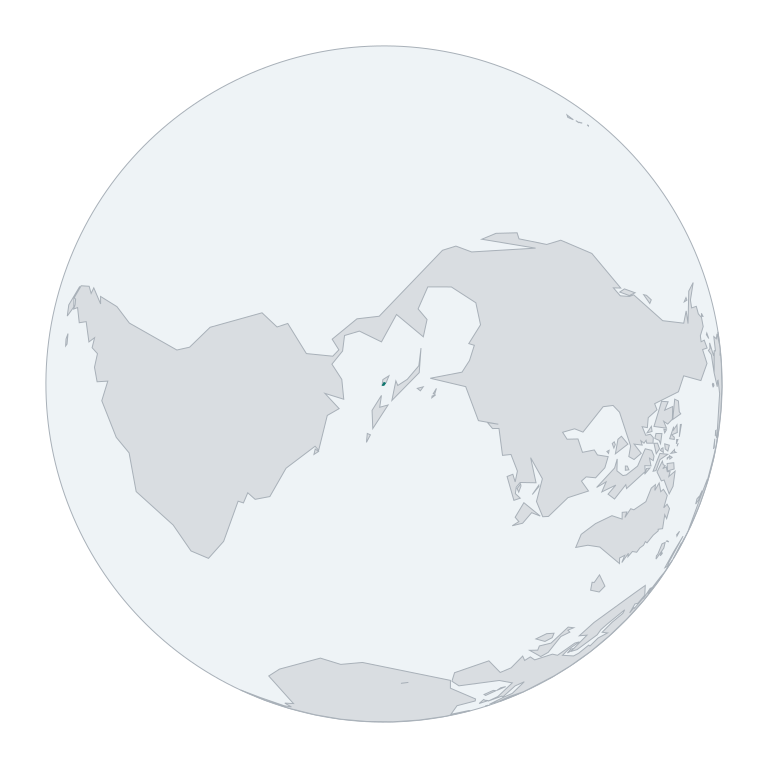 Portland on an orthographic globe, rotated 109°
{"feature_id": "JAM-1378", "entity_name": "Portland", "entity_type": "Parish", "adm_level": 1, "iso_a3": "JAM", "parent_name": "Jamaica", "parent_adm1": "", "projection": "orthographic", "projection_center": [-76.532, 18.127], "detail": "fine", "context": "on_globe", "style": "filled", "palette": "teal", "viewbox_px": 768, "rotation_deg": 109, "n_neighbors": 0, "source": "natural_earth", "source_scale": "10m", "svg_char_len": 9497}
<svg xmlns="http://www.w3.org/2000/svg" viewBox="0 0 768 768"><g transform="rotate(109 384 384)"><circle cx="384" cy="384" r="338" fill="#eef3f6" stroke="#a8b0b8"/><path d="M374.4,441.5L366.4,437.8L358.5,447.6L331.2,430.8L321.5,410.6L238.5,372.2L230.2,360.9L230.6,344.1L206.2,284.9L215.3,338.7L205.1,327.2L197.7,307.4L202.8,303.6L199.1,275.6L190.5,263.7L192.9,230.0L216.2,191.4L218.4,198.4L223.7,189.3L221.3,180.4L218.4,176.9L233.4,141.1L228.9,120.4L216.5,122.1L227.9,116.2L196.9,126.1L187.4,124.7L204.9,121.6L211.9,117.9L208.9,114.0L215.4,109.6L217.7,105.5L225.8,100.9L235.4,100.6L240.8,97.9L238.3,95.5L244.8,90.2L247.7,94.0L259.4,85.3L277.6,85.5L278.7,103.3L295.5,103.1L314.5,121.7L319.5,117.5L329.8,123.2L339.5,120.8L340.3,126.0L347.3,119.8L344.8,115.7L347.0,111.9L352.4,110.4L354.4,116.3L351.9,117.9L355.3,118.9L354.0,122.7L357.7,120.0L359.4,128.0L365.8,118.2L374.0,123.0L372.9,128.9L362.4,130.6L334.0,152.1L329.7,160.4L334.1,169.4L364.7,180.2L364.3,189.2L371.5,199.4L376.6,192.9L372.8,182.7L384.0,174.1L377.9,163.7L381.6,159.1L379.7,148.4L391.3,147.9L403.8,153.4L406.0,162.6L411.5,165.7L418.6,155.8L431.6,173.1L455.7,185.4L457.8,190.7L445.4,201.6L422.0,203.4L405.9,221.4L427.9,208.1L432.8,223.2L438.5,225.4L444.9,224.1L447.6,218.0L451.7,223.3L431.4,237.5L427.4,232.8L433.9,228.1L422.9,229.5L409.3,241.0L412.9,248.7L388.6,260.8L390.8,266.9L386.8,273.5L384.8,262.8L387.9,282.8L359.9,305.9L363.5,342.1L347.4,314.1L334.0,310.8L318.0,311.2L318.2,317.0L296.6,312.0L277.3,323.6L270.3,351.9L277.9,374.2L301.9,376.2L309.0,364.3L326.6,362.2L314.2,394.8L345.0,400.1L342.0,424.5L351.0,437.1L366.3,433.9L382.2,439.7L393.4,425.4L411.5,417.1L412.1,436.8L421.9,418.4L432.2,427.4L468.0,424.2L465.3,428.9L495.5,449.2L527.6,455.3L535.0,468.3L531.2,477.4L542.2,478.2L542.3,483.8L585.0,484.4L606.0,493.2L604.7,512.1L586.0,537.4L566.4,583.3L532.1,602.6L521.6,619.8L491.7,645.4L471.2,646.1L475.3,656.0L462.4,663.2L448.6,664.8L444.7,671.8L434.4,672.7L440.3,676.7L422.0,685.9L425.3,692.1L411.5,698.6L414.1,701.8L409.4,701.9L404.2,703.2L403.2,705.0L389.7,702.3L387.6,694.6L393.7,690.4L387.6,689.7L400.6,678.0L393.5,680.5L397.8,661.7L409.3,644.6L419.3,590.9L412.5,579.8L387.0,566.9L356.4,522.5L364.9,503.7L358.1,494.7L380.5,467.3L374.4,441.5ZM70.0,298.6L72.5,291.0L72.1,296.9L70.0,298.6ZM73.3,285.8L72.5,288.4L73.0,286.0L73.3,285.8ZM73.1,283.6L73.2,285.2L72.8,284.1L73.1,283.6ZM72.6,281.6L73.0,282.3L72.8,282.6L72.6,281.6ZM361.8,354.4L397.0,371.2L377.2,373.8L380.9,370.5L372.0,363.5L355.4,357.0L338.0,360.7L361.8,354.4ZM72.8,276.3L73.0,274.8L73.6,274.7L72.8,276.3ZM377.2,334.3L371.1,333.0L377.1,332.8L377.2,334.3ZM216.0,176.3L220.5,180.8L220.3,191.0L215.8,187.6L216.0,176.3ZM217.4,158.7L221.3,158.9L215.0,167.6L214.7,164.7L217.4,158.7ZM206.1,124.9L208.6,126.9L204.0,126.6L206.1,124.9ZM216.6,105.8L213.8,106.9L216.2,104.4L216.6,105.8ZM373.4,149.6L376.5,149.1L375.2,151.3L373.4,149.6ZM369.7,145.8L366.0,148.8L363.7,147.5L366.0,145.6L369.7,145.8ZM230.7,95.4L235.3,91.7L232.3,95.3L230.7,95.4ZM374.7,142.5L360.1,144.8L356.1,142.5L361.4,133.8L374.7,142.5ZM239.1,89.5L250.2,81.4L245.0,82.6L266.0,75.5L249.6,84.1L246.7,88.2L244.3,87.3L239.1,89.5ZM341.6,115.1L344.5,119.4L337.0,117.4L341.6,115.1ZM336.2,114.9L310.0,115.9L308.3,109.6L317.4,110.1L311.3,103.7L323.4,99.9L329.5,102.7L328.2,107.4L333.8,102.5L336.2,114.9ZM275.9,73.3L280.0,71.7L277.5,73.4L275.9,73.3ZM347.3,110.2L342.2,110.7L340.4,105.1L350.4,103.1L347.7,105.5L347.3,110.2ZM303.7,104.2L304.2,100.1L314.1,95.8L315.6,93.7L323.5,99.4L303.7,104.2ZM350.9,106.1L355.5,102.4L361.3,103.9L352.2,109.4L350.9,106.1ZM335.7,104.6L335.3,102.0L338.8,102.7L335.7,104.6ZM384.5,108.2L378.3,108.2L376.9,105.2L384.5,108.2ZM356.8,101.0L354.8,100.6L353.5,99.5L357.7,97.6L356.8,101.0ZM330.0,96.2L334.0,95.5L327.2,93.7L334.4,90.9L338.4,95.4L339.7,92.3L341.9,91.5L342.7,96.1L330.0,96.2ZM358.1,92.8L365.6,98.4L377.3,98.6L378.9,101.2L359.8,100.5L358.1,92.8ZM349.0,94.3L355.0,93.8L353.9,96.9L349.2,99.1L349.0,94.3ZM337.8,87.6L325.8,90.6L325.4,89.7L337.8,87.6ZM361.7,92.2L359.8,90.9L362.6,91.8L361.7,92.2ZM345.4,88.1L341.2,89.2L340.8,88.0L345.4,88.1ZM359.5,87.7L361.9,89.3L358.8,90.7L359.5,87.7ZM353.2,87.4L353.6,85.5L356.2,90.2L351.4,88.0L353.2,87.4ZM345.7,86.8L344.1,86.5L347.5,86.6L345.7,86.8ZM369.9,82.0L373.9,87.6L367.0,90.4L364.1,84.4L369.9,82.0ZM411.8,707.8L390.7,703.4L402.7,705.5L412.2,702.4L422.9,705.6L411.8,707.8ZM439.2,699.2L449.5,696.7L451.7,697.4L445.0,699.3L439.2,699.2ZM646.6,171.4L638.5,162.0L629.2,151.4L646.6,171.4ZM609.0,131.8L608.7,131.6L604.5,127.9L605.8,129.3L625.2,147.7L629.7,152.1L638.6,163.7L647.0,172.5L652.6,180.1L640.5,168.2L634.8,162.0L619.8,154.4L626.7,161.7L641.2,169.8L640.7,170.9L650.1,182.5L642.5,174.6L624.8,165.4L626.8,178.5L645.0,214.9L642.9,223.0L634.0,223.3L611.6,194.7L618.9,180.2L611.0,171.4L596.1,164.3L599.6,161.0L594.4,156.8L595.8,151.7L584.6,136.8L584.0,131.6L566.8,119.2L564.2,115.3L575.1,123.4L582.4,126.9L579.4,116.2L575.1,112.2L564.2,105.4L564.7,104.0L554.5,98.9L546.6,91.6L547.7,96.9L534.9,90.7L523.1,83.5L519.1,82.9L538.3,94.8L545.7,99.0L551.8,100.8L572.3,115.0L576.1,120.3L555.4,110.3L558.5,117.4L541.1,107.8L500.0,79.0L489.4,71.4L498.8,68.7L508.7,72.6L510.2,75.1L520.5,77.2L514.1,74.8L514.5,74.2L502.4,69.4L502.1,68.8L490.9,65.9L489.3,64.6L496.4,66.5L477.0,60.0L470.1,57.4L465.9,56.4L463.3,56.0L456.5,53.9L480.4,60.1L503.9,68.0L526.6,77.7L548.6,88.9L569.8,101.7L589.9,116.1L609.0,131.8ZM455.2,53.7L453.4,53.3L454.6,53.6L449.8,52.9L438.4,51.3L436.6,50.6L440.5,51.1L444.3,51.5L455.2,53.7ZM441.9,51.1L438.4,50.7L432.1,50.0L433.7,49.8L432.6,49.8L428.9,49.3L423.6,48.5L421.1,48.6L382.9,47.8L368.7,47.3L374.5,46.5L345.9,48.7L332.1,50.1L333.3,50.1L320.3,52.6L324.5,52.1L324.0,52.4L292.7,61.1L283.9,63.5L271.7,69.3L272.3,69.7L278.1,68.0L266.0,75.5L245.0,82.6L244.8,81.4L231.8,87.6L233.0,84.5L228.1,85.5L237.0,79.9L232.3,82.1L227.7,84.4L226.0,85.3L241.9,77.4L247.8,75.5L245.2,75.9L251.8,73.1L254.5,71.9L254.4,71.9L276.8,63.5L299.7,56.8L323.1,51.6L346.7,48.1L370.5,46.3L394.4,46.2L418.3,47.8L441.9,51.1ZM720.0,419.8L720.7,398.8L720.7,373.5L719.5,366.4L718.0,373.9L715.6,365.5L714.0,368.5L697.6,397.9L687.6,390.0L663.9,354.9L663.2,333.6L654.3,313.7L642.6,224.7L650.0,222.2L652.0,194.9L654.0,194.6L664.4,210.2L674.5,213.2L665.1,197.4L664.8,196.0L678.5,218.3L690.4,241.5L700.5,265.6L708.7,290.4L715.0,315.8L719.2,341.6L721.5,367.6L721.8,393.8L720.0,419.8ZM658.2,263.8L661.2,270.0L661.3,270.0L658.2,263.8ZM469.1,423.9L473.4,427.3L467.8,427.9L469.1,423.9ZM374.6,382.0L382.0,382.4L385.9,385.4L380.2,386.5L374.6,382.0ZM436.5,380.3L444.9,381.6L436.2,383.7L436.5,380.3ZM402.5,373.3L429.8,380.1L412.8,386.7L395.6,382.7L407.4,380.5L402.5,373.3ZM373.9,346.0L378.6,347.4L377.3,351.1L373.9,346.0ZM381.5,334.3L379.7,334.6L377.4,331.6L381.5,334.3ZM434.0,222.3L435.8,221.3L442.4,221.4L439.5,224.1L434.0,222.3ZM470.5,207.6L476.3,216.6L470.2,211.7L467.3,216.6L450.7,213.1L458.0,193.3L457.6,202.5L470.5,207.6ZM430.5,204.2L440.2,207.8L429.3,204.7L430.5,204.2ZM564.3,142.1L569.1,142.4L575.0,148.0L575.6,157.4L567.1,148.9L564.3,142.1ZM574.6,141.7L553.9,130.7L552.7,125.3L556.9,130.0L558.1,127.5L565.2,134.6L584.3,141.4L590.7,147.1L588.4,159.6L585.6,152.0L581.1,151.8L574.6,141.7ZM503.2,120.6L494.3,118.1L503.2,109.3L510.6,112.8L511.7,121.5L503.7,122.7L503.2,120.6ZM387.0,127.7L383.0,129.1L382.4,127.2L385.4,124.5L387.0,127.7ZM381.7,108.5L403.9,120.6L400.5,122.6L417.7,128.6L415.2,136.3L404.1,131.9L415.1,142.9L404.2,142.1L412.6,149.3L388.3,138.6L378.9,139.1L390.3,135.5L392.8,128.3L391.1,125.3L379.1,117.5L360.2,115.9L359.6,109.3L364.3,105.2L368.8,104.5L367.7,108.8L374.5,104.9L376.3,110.8L381.7,108.5ZM419.3,72.9L416.2,76.0L430.1,73.5L432.1,77.5L433.6,76.9L439.2,80.2L448.6,83.6L447.9,85.6L451.9,86.1L455.7,88.7L460.8,90.3L461.5,94.6L467.9,97.1L464.5,97.8L475.4,101.0L467.6,100.6L471.8,104.6L477.1,102.9L467.9,126.9L470.1,138.8L476.1,149.5L461.9,148.6L447.2,138.6L434.3,125.6L434.2,114.9L427.8,117.0L425.9,112.7L431.8,112.8L421.6,110.1L421.6,106.8L410.0,98.1L395.4,97.4L390.8,94.6L396.5,93.3L388.0,91.6L395.7,87.3L392.6,85.5L397.1,79.9L410.0,79.2L405.5,77.2L408.8,73.5L419.3,72.9ZM371.6,80.4L386.6,77.4L395.0,78.6L383.6,87.9L385.3,90.2L378.3,97.2L366.3,95.7L369.4,93.7L369.6,91.6L373.3,92.9L370.5,90.2L374.7,87.6L373.7,85.0L378.8,84.6L371.6,80.4ZM649.8,187.0L650.2,185.7L649.3,182.3L655.1,190.0L649.8,187.0ZM638.1,180.9L637.5,178.3L645.4,186.5L645.0,188.3L638.1,180.9ZM630.5,170.4L636.9,177.5L633.2,174.7L630.5,170.4ZM573.8,121.1L572.4,118.5L574.8,119.8L578.7,123.0L573.8,121.1ZM461.0,69.8L457.8,70.5L455.8,69.7L444.6,69.1L442.3,66.6L448.1,66.0L461.0,69.8ZM654.0,181.4L654.0,180.8L655.6,183.5L654.0,181.4ZM456.5,66.9L452.2,66.8L453.7,65.7L456.5,66.9ZM440.0,64.8L440.6,63.3L440.7,66.2L440.0,64.8ZM430.5,51.7L448.6,54.7L460.1,56.6L464.2,56.7L466.2,58.6L448.5,55.5L430.5,51.7ZM389.0,48.0L385.5,49.0L381.8,48.5L382.1,48.2L389.0,48.0ZM390.6,48.6L396.1,50.2L390.7,50.7L387.4,49.3L390.6,48.6ZM427.0,56.6L432.5,57.5L431.2,58.2L427.0,56.6ZM278.1,71.5L279.8,71.7L276.1,72.6L278.1,71.5ZM326.6,52.1L325.4,52.7L321.1,53.3L326.6,52.1ZM319.7,55.0L325.4,53.8L320.1,55.3L319.7,55.0ZM338.1,51.3L328.0,53.4L336.5,51.1L338.1,51.3Z" fill="#d9dde1" stroke="#a8b0b8" stroke-width="1"/><path d="M383.1,383.2L383.3,383.3L383.6,383.4L383.7,383.5L383.8,383.5L384.3,383.5L384.8,383.7L385.0,383.8L385.2,384.1L385.3,384.3L385.5,384.7L385.5,384.8L385.4,384.8L385.1,384.8L385.0,384.7L384.9,384.7L384.6,384.6L384.4,384.5L384.2,384.5L383.7,384.5L383.6,384.4L383.2,384.2L383.1,384.3L382.9,384.3L382.9,384.2L382.8,383.9L383.0,383.2L383.1,383.2Z" fill="#14b8a6" stroke="#0f766e" stroke-width="1.5"/></g></svg>